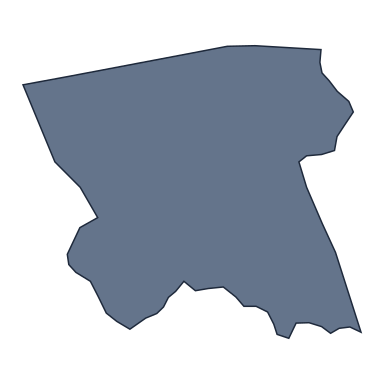 Juarez Távora, Paraíba, Brazil
{"feature_id": "56859067B57466026178175", "entity_name": "Juarez Távora", "entity_type": "district", "adm_level": 2, "iso_a3": "BRA", "parent_name": "Brazil", "parent_adm1": "Paraíba", "projection": "natural_earth1", "projection_center": [-35.563, -7.162], "detail": "fine", "context": "isolated", "style": "filled", "palette": "slate", "viewbox_px": 384, "rotation_deg": 0, "n_neighbors": 0, "source": "geoboundaries", "source_scale": "gbopen_adm2", "svg_char_len": 793}
<svg xmlns="http://www.w3.org/2000/svg" viewBox="0 0 384 384"><path d="M23.0,84.8L54.9,161.9L80.2,187.3L97.7,217.6L79.9,227.6L67.3,254.3L68.8,264.6L75.9,272.4L90.4,281.3L98.1,296.3L106.3,313.1L116.8,321.4L129.9,329.2L145.7,318.1L156.8,313.5L163.5,307.0L168.4,297.4L175.7,291.3L183.9,281.3L195.4,290.7L208.3,288.5L223.3,287.0L235.9,297.0L243.9,306.3L256.1,306.3L267.6,312.0L273.8,324.2L277.1,334.4L288.8,338.3L296.1,323.1L309.0,322.7L321.6,326.6L330.6,333.3L339.2,328.3L349.9,327.0L361.0,332.2L335.5,252.4L322.3,223.7L306.6,187.3L298.9,161.9L306.6,155.8L321.6,154.5L334.5,150.5L337.0,136.6L344.7,124.9L353.3,112.0L348.8,101.4L337.3,91.4L329.1,80.7L322.0,72.9L319.9,62.4L321.0,49.6L255.0,45.7L227.3,46.3L207.9,50.0L69.2,76.3L23.0,84.8Z" fill="#64748b" stroke="#1e293b" stroke-width="1.5"/></svg>